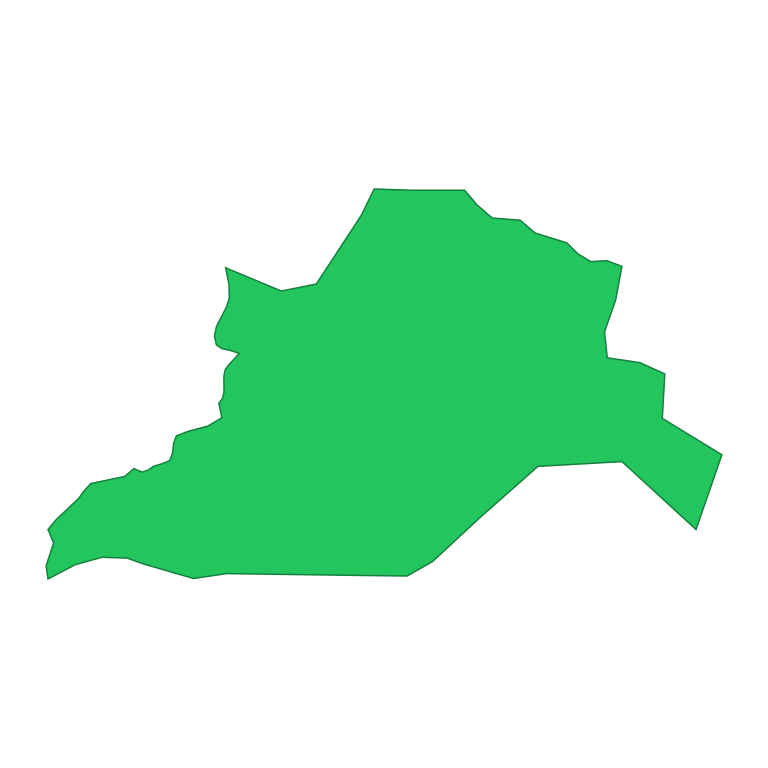 outline of Apac
{"feature_id": "UGA-5604", "entity_name": "Apac", "entity_type": "District", "adm_level": 1, "iso_a3": "UGA", "parent_name": "Uganda", "parent_adm1": "", "projection": "mercator", "projection_center": [32.461, 1.914], "detail": "fine", "context": "isolated", "style": "filled", "palette": "green", "viewbox_px": 768, "rotation_deg": 0, "n_neighbors": 0, "source": "natural_earth", "source_scale": "10m", "svg_char_len": 999}
<svg xmlns="http://www.w3.org/2000/svg" viewBox="0 0 768 768"><path d="M193.5,578.5L143.9,564.1L127.0,558.1L101.8,557.3L75.0,564.8L48.0,579.0L46.1,566.0L53.6,542.9L48.0,529.5L56.3,519.5L78.8,498.3L83.5,491.5L90.9,483.5L124.8,476.4L133.9,468.6L142.2,472.1L148.1,470.1L153.9,466.1L161.4,464.0L169.8,460.6L172.7,452.5L173.6,443.1L176.4,435.8L188.9,431.1L207.8,426.1L221.8,417.8L218.9,403.1L222.6,398.3L224.0,392.0L223.9,375.8L225.3,369.5L229.1,364.4L239.3,353.5L229.8,350.3L221.8,348.6L216.4,344.9L214.4,336.0L216.5,326.4L226.5,307.0L229.3,298.1L229.0,284.3L225.6,267.8L281.2,291.0L316.3,284.0L361.3,215.3L374.2,189.0L411.0,190.2L464.5,190.2L477.3,205.2L492.3,218.0L520.1,220.2L535.1,233.0L566.8,242.9L578.0,253.9L590.8,261.6L606.9,260.7L621.9,266.4L615.7,299.9L604.5,331.9L607.3,357.8L640.0,362.7L664.8,374.0L662.3,418.4L721.9,454.8L696.0,529.5L622.0,461.6L537.9,466.4L480.8,516.8L432.6,561.5L407.1,576.0L355.7,575.4L226.8,573.6L193.5,578.5Z" fill="#22c55e" stroke="#15803d" stroke-width="1.5"/></svg>